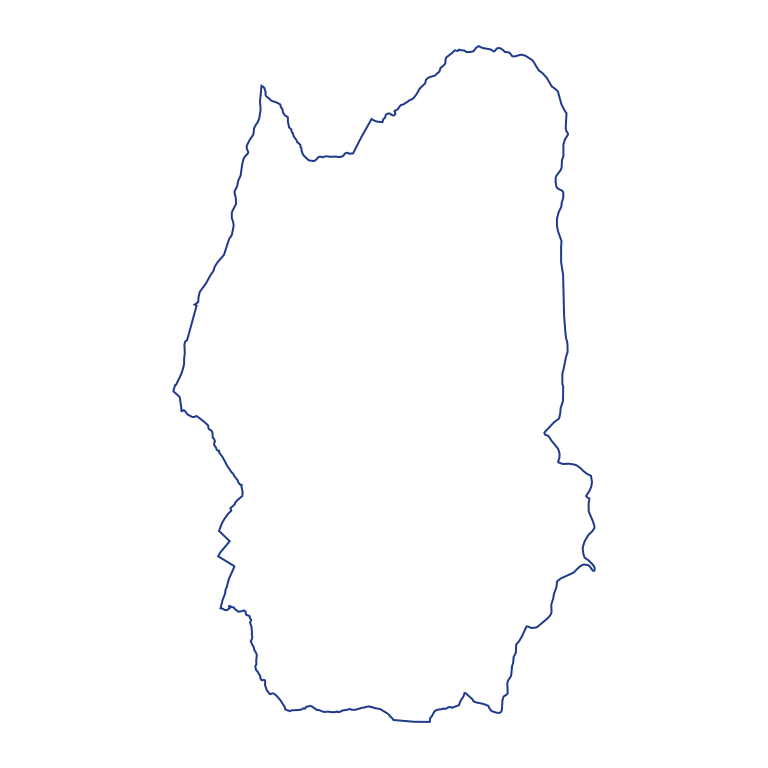 Pasca, Cundinamarca, Colombia (Robinson projection)
{"feature_id": "7082276B89051465067513", "entity_name": "Pasca", "entity_type": "district", "adm_level": 2, "iso_a3": "COL", "parent_name": "Colombia", "parent_adm1": "Cundinamarca", "projection": "robinson", "projection_center": [-74.281, 4.297], "detail": "fine", "context": "isolated", "style": "outline", "palette": "blue", "viewbox_px": 768, "rotation_deg": 0, "n_neighbors": 0, "source": "geoboundaries", "source_scale": "gbopen_adm2", "svg_char_len": 6067}
<svg xmlns="http://www.w3.org/2000/svg" viewBox="0 0 768 768"><path d="M504.9,51.9L502.6,49.7L500.6,48.4L498.4,48.0L496.9,48.5L494.5,51.2L493.6,51.4L490.9,49.5L482.3,47.9L478.6,46.1L475.9,48.0L473.5,51.3L469.7,52.1L466.4,52.0L464.1,50.4L461.6,50.4L459.1,49.6L457.9,50.9L454.6,50.4L452.2,52.9L446.2,57.5L445.7,58.7L445.2,63.7L442.5,66.5L440.5,68.0L439.4,71.6L434.8,75.6L429.2,77.3L426.6,79.0L425.9,80.2L425.1,83.4L419.6,88.7L416.8,93.8L413.8,97.9L412.0,99.2L409.0,100.5L406.9,102.3L405.5,102.8L404.0,104.2L400.8,105.1L397.6,109.3L394.5,111.1L395.4,113.6L394.8,114.8L393.8,115.4L392.5,115.4L389.5,113.4L387.2,113.8L385.8,115.0L384.9,117.9L383.4,119.1L382.5,122.1L377.3,121.7L374.0,120.5L371.6,119.0L361.3,137.2L353.0,153.5L351.4,153.4L349.6,153.9L347.9,152.9L346.5,152.8L345.3,153.3L342.8,156.2L339.7,157.1L335.6,156.6L330.6,156.8L327.3,156.3L324.8,156.5L322.5,157.3L320.1,156.5L318.0,157.4L316.5,159.4L314.1,161.1L308.9,160.4L304.7,156.6L302.8,154.2L301.6,150.9L301.4,148.3L300.5,147.1L300.5,145.2L298.8,143.3L297.3,142.3L296.6,140.4L293.5,135.9L293.0,133.4L291.9,132.3L291.1,129.3L289.1,127.4L287.9,121.5L287.9,117.8L287.6,116.9L284.9,115.4L283.2,112.9L282.7,111.6L282.6,109.5L280.9,107.1L280.2,104.4L276.4,102.4L271.4,100.8L269.0,98.4L266.4,96.5L265.5,94.9L265.6,92.3L264.5,88.3L263.5,87.0L261.5,85.8L260.0,101.6L260.6,109.8L259.3,118.0L258.0,121.7L255.2,125.9L254.0,128.4L253.7,132.4L253.0,135.1L249.8,139.7L246.8,145.6L246.7,148.1L248.1,151.8L248.1,153.2L244.6,156.9L243.5,159.1L242.2,164.3L240.6,175.6L238.1,181.0L237.2,186.0L234.4,191.8L235.8,198.3L236.1,203.9L232.5,210.8L231.8,213.1L231.8,218.0L233.2,222.2L233.7,225.7L231.9,234.5L230.9,236.6L229.3,238.5L224.0,254.8L217.9,261.8L214.9,266.3L213.5,270.8L210.6,274.9L206.1,283.2L199.8,291.8L198.5,297.3L198.2,302.1L194.6,304.6L196.6,305.6L196.2,307.1L187.7,338.1L186.9,340.5L185.6,341.1L185.1,341.9L184.4,344.6L184.8,352.7L184.1,359.3L184.1,363.8L183.6,366.2L182.1,371.7L180.7,375.2L176.0,384.9L175.2,385.0L173.4,390.6L173.6,391.5L179.3,396.6L179.8,397.5L181.3,407.9L181.4,411.0L182.1,411.2L183.3,410.2L184.6,410.6L187.6,414.5L192.3,417.0L194.3,417.0L196.0,416.1L196.9,416.2L204.2,421.8L208.1,425.4L208.5,428.4L209.1,429.3L211.1,430.3L212.4,432.4L212.8,437.6L214.0,438.9L215.0,441.3L214.2,442.9L214.1,444.8L216.1,447.8L216.7,449.8L217.2,450.3L219.0,450.7L219.0,452.2L222.9,457.6L227.4,466.2L231.8,472.6L233.1,473.6L234.2,475.9L237.7,480.4L238.4,482.4L239.5,484.1L241.8,485.1L241.4,486.3L242.7,492.6L242.2,496.1L237.3,500.2L235.2,502.6L234.6,504.5L230.4,508.2L231.3,510.7L228.1,513.8L224.5,518.8L222.0,523.1L219.0,530.9L229.7,541.2L220.3,552.5L218.2,556.3L234.0,566.0L234.4,566.7L228.9,578.9L226.7,587.3L225.5,589.9L225.1,593.6L222.6,600.0L220.5,608.4L222.8,608.7L224.8,610.0L227.0,610.1L229.7,608.2L229.0,606.2L230.0,605.9L230.8,606.8L233.8,607.5L234.8,608.9L238.3,611.7L241.4,611.3L244.0,610.4L245.6,611.7L245.8,613.9L246.3,614.9L249.5,616.0L249.9,618.1L251.1,619.7L251.1,620.5L250.0,622.5L251.7,627.6L251.7,630.3L252.2,632.6L251.7,634.2L252.3,636.2L252.1,638.6L250.8,641.2L252.4,645.0L253.7,646.9L254.3,650.0L256.3,653.3L256.8,655.2L256.2,660.9L256.4,664.2L255.3,666.4L256.0,669.9L257.7,671.8L260.3,676.3L260.4,678.2L261.1,679.7L262.2,680.3L263.5,679.9L264.7,680.1L265.2,681.6L265.0,684.9L266.7,690.1L269.8,694.1L273.0,693.3L274.2,693.8L276.5,695.8L280.1,699.8L284.9,707.3L285.2,709.2L287.2,710.3L288.7,710.6L289.6,711.2L291.8,710.3L299.0,710.0L302.1,709.3L303.2,708.3L305.0,708.6L306.2,706.9L310.1,705.9L312.4,706.7L313.7,707.9L315.5,708.7L316.8,710.1L318.7,710.0L323.1,711.7L324.8,712.0L327.8,711.6L331.4,712.1L335.1,712.1L337.2,711.5L337.8,712.0L339.6,712.0L342.4,710.5L347.7,709.7L348.8,709.2L349.8,709.0L351.9,709.8L355.2,709.8L362.4,707.7L364.0,707.7L366.1,706.8L369.6,706.4L370.4,707.0L372.2,707.0L373.5,707.9L380.1,709.0L387.3,713.4L389.6,715.4L389.9,716.4L391.1,717.0L393.5,720.0L414.4,721.8L429.8,721.9L430.2,718.0L431.5,716.7L434.6,711.2L436.8,710.0L439.6,709.3L441.5,709.3L443.4,708.4L444.5,709.0L445.6,708.8L449.3,706.9L451.7,707.4L452.0,707.8L458.8,705.2L460.9,700.1L463.4,696.6L464.5,693.1L465.3,692.9L472.4,699.2L473.7,701.5L476.9,702.6L483.3,703.9L488.4,705.9L489.4,708.3L491.4,711.0L496.4,712.7L499.2,712.9L500.4,712.5L501.4,711.3L501.9,709.7L502.4,700.6L503.4,697.1L504.1,696.1L506.2,695.0L507.7,693.3L507.3,682.9L508.0,680.7L510.9,676.2L511.3,674.6L512.0,666.5L513.2,662.6L513.6,657.1L515.9,652.5L516.2,644.5L519.3,640.9L521.9,636.4L526.5,626.5L528.0,626.5L531.3,628.0L535.7,627.6L537.5,626.8L547.4,618.5L550.0,615.6L551.1,613.8L551.5,612.3L551.3,604.5L553.3,598.2L553.9,594.1L556.5,587.0L557.0,581.7L558.2,580.4L561.1,578.3L573.6,572.6L579.2,567.0L582.3,565.0L583.9,564.6L587.9,565.0L589.7,566.3L592.5,570.3L593.3,570.8L594.2,570.8L594.6,570.1L594.5,567.4L592.8,564.6L588.7,560.5L584.9,557.8L584.3,556.9L583.4,554.0L582.7,548.9L583.0,546.5L584.7,541.2L588.5,534.8L592.3,531.2L594.5,527.9L594.3,525.7L593.0,521.5L588.7,511.5L588.6,504.2L589.4,498.6L587.1,497.3L586.1,496.0L589.8,490.2L591.3,486.5L592.0,482.0L591.0,475.9L586.3,473.4L582.7,470.4L581.0,468.5L576.5,465.3L573.7,464.4L568.7,463.7L562.9,464.0L558.4,462.4L558.1,461.8L559.4,458.0L559.6,453.8L558.2,448.9L551.2,440.3L548.8,436.4L547.8,435.6L545.4,434.9L544.4,433.3L544.5,432.5L545.3,431.5L554.2,422.1L558.5,419.0L559.3,417.8L560.2,413.3L560.7,407.9L563.0,400.9L563.2,386.7L562.3,383.7L562.4,373.1L563.3,370.5L565.9,357.3L567.6,351.8L567.5,344.8L567.2,342.2L566.0,338.0L565.4,332.8L564.1,316.1L563.1,274.9L561.1,262.0L561.1,247.0L561.5,241.1L557.9,230.9L556.9,225.5L557.0,218.4L558.7,212.0L561.3,206.8L561.7,202.8L563.3,197.6L563.3,193.9L563.2,192.2L562.2,190.7L558.1,188.8L556.5,187.0L555.6,181.9L555.7,177.7L556.5,175.6L560.6,170.2L561.6,167.7L562.0,160.0L563.4,156.3L563.4,144.3L565.0,139.3L567.8,135.0L568.0,133.7L566.5,131.3L565.7,128.3L566.5,113.2L565.1,111.4L561.5,104.5L557.9,91.5L555.4,89.0L551.8,86.5L546.7,77.7L542.4,73.1L538.9,70.4L536.0,66.0L534.5,63.2L532.1,60.0L525.5,55.8L522.2,54.8L520.6,54.8L514.7,56.4L512.9,56.4L511.9,55.9L510.5,53.8L509.1,52.5L504.9,51.9Z" fill="none" stroke="#1e3a8a" stroke-width="2"/></svg>